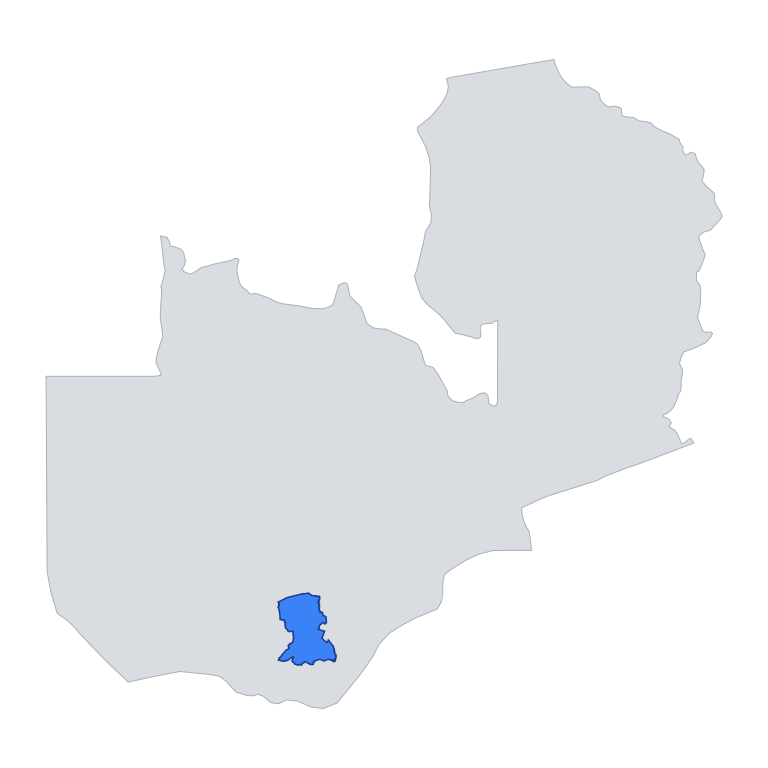 Kalomo, Southern, Zambia shown in context
{"feature_id": "96606910B45059584224762", "entity_name": "Kalomo", "entity_type": "district", "adm_level": 2, "iso_a3": "ZMB", "parent_name": "Zambia", "parent_adm1": "Southern", "projection": "robinson", "projection_center": [26.465, -16.838], "detail": "fine", "context": "in_parent", "style": "filled", "palette": "blue", "viewbox_px": 768, "rotation_deg": 0, "n_neighbors": 0, "source": "geoboundaries", "source_scale": "gbopen_adm2", "svg_char_len": 9362}
<svg xmlns="http://www.w3.org/2000/svg" viewBox="0 0 768 768"><path d="M531.5,550.4L493.1,550.5L479.2,554.0L467.7,559.2L454.0,567.4L446.0,573.1L443.9,576.3L442.8,583.3L442.7,594.1L441.3,601.9L437.1,609.0L416.4,617.6L402.8,624.7L389.5,633.0L379.4,643.8L372.5,657.1L361.0,673.6L337.1,703.0L323.2,708.5L311.6,707.2L297.6,701.1L286.5,699.9L278.3,703.8L270.7,702.6L263.7,696.4L257.8,694.2L253.1,695.8L247.0,695.5L236.0,692.1L226.4,681.6L221.2,677.3L217.2,675.7L205.8,674.0L179.5,671.5L152.2,676.8L128.2,682.1L103.7,658.7L80.0,633.9L75.0,627.7L66.1,619.4L59.7,615.3L57.2,613.3L50.7,591.3L47.1,571.0L46.1,376.3L153.8,376.3L160.7,375.5L161.0,373.4L156.0,363.0L156.2,359.3L157.5,352.3L162.2,338.2L162.5,333.5L160.3,318.1L160.5,309.6L161.7,292.2L160.9,286.4L163.4,278.6L164.3,273.4L165.3,271.2L164.0,265.3L161.8,244.6L160.5,236.0L167.0,237.3L169.2,241.5L170.4,246.2L173.3,246.4L181.0,249.2L183.7,253.0L185.5,261.3L184.4,265.5L181.9,268.9L184.4,271.9L189.6,274.0L192.6,273.4L201.2,267.7L209.2,265.6L213.3,264.2L231.1,260.5L234.6,258.5L237.1,258.5L238.9,260.1L237.3,265.9L236.8,271.1L239.0,280.9L240.6,285.5L244.4,288.8L247.0,290.6L250.1,294.1L256.2,293.5L269.9,298.5L274.0,300.8L279.8,303.1L283.9,304.0L297.9,305.7L312.8,308.5L320.5,308.8L325.9,308.1L329.8,306.6L332.1,305.0L333.2,303.7L338.8,285.0L341.6,283.6L345.3,282.6L347.5,284.3L349.9,296.1L360.6,306.7L364.3,315.6L366.9,323.2L369.3,325.3L373.3,327.9L379.8,328.9L385.7,329.1L414.6,342.1L417.7,344.5L421.3,351.4L423.4,359.3L425.7,365.5L429.4,366.6L432.7,367.1L436.0,371.3L438.5,375.1L447.0,390.4L448.2,396.5L452.3,400.6L458.0,402.3L463.2,402.5L466.2,400.7L473.6,397.5L479.3,393.9L483.5,392.7L486.0,393.4L487.9,395.9L489.1,403.6L493.2,406.2L496.3,405.1L497.4,402.1L497.5,400.6L497.7,320.6L495.1,321.2L491.7,323.4L484.1,323.7L481.1,325.4L480.1,327.9L480.7,331.3L480.9,335.8L479.7,337.9L476.4,338.8L471.5,337.0L462.7,334.8L455.4,333.3L450.2,327.3L443.1,318.3L438.4,313.7L427.2,304.3L425.3,302.4L421.8,298.0L418.9,290.5L416.1,281.8L414.6,276.3L417.4,267.8L424.0,240.1L425.5,231.4L431.0,222.7L431.4,214.8L429.3,204.7L429.8,199.2L430.6,167.4L429.2,157.4L425.5,146.3L417.4,130.8L417.4,127.5L429.9,117.4L433.7,113.6L440.2,105.5L444.6,98.5L447.4,92.9L448.4,85.7L446.3,78.8L450.6,77.4L553.8,59.5L555.3,64.3L558.4,72.2L561.9,78.0L566.4,83.1L570.1,86.1L572.6,87.1L588.5,86.8L594.2,89.9L599.2,93.8L600.4,99.8L603.7,103.6L607.2,106.6L608.7,107.0L611.3,106.3L615.6,106.2L619.5,107.5L621.4,108.8L621.6,113.9L622.8,116.2L628.1,117.1L633.6,117.5L638.9,120.9L644.6,121.5L651.2,123.0L654.3,126.7L661.3,130.5L669.9,133.9L679.3,139.5L679.5,141.3L681.1,144.6L682.8,146.9L682.9,150.5L683.7,153.7L686.1,154.5L688.1,154.7L690.0,152.4L692.5,152.4L695.3,153.9L696.2,157.7L698.4,162.7L701.9,166.2L704.2,169.5L703.4,175.5L701.9,181.1L706.6,186.5L712.7,191.7L714.4,194.0L714.8,201.7L715.7,204.3L719.9,210.8L721.9,215.0L721.8,217.5L710.4,230.2L703.5,232.1L700.4,234.7L698.6,237.4L703.0,250.1L705.3,254.9L703.3,260.9L698.8,271.1L696.7,272.0L696.3,279.7L697.7,282.5L699.9,284.7L700.7,290.0L700.5,303.0L697.6,317.8L702.6,330.7L704.3,332.1L711.3,332.2L712.5,333.3L710.8,336.9L705.8,342.6L696.9,347.0L684.0,351.9L681.3,356.6L679.5,363.4L681.0,367.3L682.6,369.6L682.1,375.6L680.9,381.8L681.2,386.7L680.6,391.1L679.0,393.2L676.7,399.8L673.9,406.4L671.7,409.4L668.4,412.5L663.3,415.2L663.4,416.5L669.2,419.5L670.6,421.6L671.2,423.1L668.7,426.4L671.4,428.4L674.6,430.1L677.6,434.5L681.1,442.8L681.7,443.6L682.7,443.7L684.6,442.8L688.2,439.5L690.8,438.3L693.8,443.0L640.1,463.4L627.5,467.6L608.7,474.8L602.6,477.5L597.7,480.2L547.7,496.1L539.9,499.3L522.3,507.4L521.7,508.7L521.8,512.5L523.4,520.1L526.4,527.1L529.0,531.1L530.6,541.4L531.5,550.4Z" fill="#d9dde1" stroke="#a8b0b8" stroke-width="1"/><path d="M319.7,596.8L319.6,596.7L319.5,597.0L319.2,596.7L319.0,596.8L318.9,596.6L318.7,596.9L318.4,596.5L318.2,596.6L318.1,596.4L317.8,596.5L317.4,596.4L317.5,596.4L317.1,596.4L317.0,596.2L316.7,596.1L316.4,596.1L316.5,595.9L316.1,595.8L315.8,595.8L315.6,596.0L315.5,595.8L315.3,595.8L315.3,595.7L315.2,595.7L314.2,595.9L312.9,595.5L312.7,595.6L312.1,595.7L311.4,595.3L311.3,595.0L310.7,594.8L310.3,594.4L309.7,594.2L309.5,593.7L309.3,593.8L309.1,593.8L309.1,593.4L308.6,593.2L308.2,593.4L308.1,593.2L307.7,593.2L302.8,594.1L302.8,593.7L287.0,597.6L278.3,602.1L278.5,602.3L278.4,602.3L278.6,602.5L278.6,602.9L278.9,603.5L279.0,603.4L279.2,603.7L279.2,604.1L279.1,604.6L278.7,604.6L278.8,605.0L279.0,605.1L279.2,605.4L278.5,605.9L278.4,606.3L278.5,606.5L278.4,606.5L278.3,606.8L278.3,607.0L278.1,607.6L278.4,608.0L278.8,608.6L279.3,611.0L279.3,611.6L279.8,614.1L279.9,616.3L280.1,616.9L280.1,619.2L280.2,619.6L281.1,619.7L281.6,619.6L282.1,619.8L282.3,620.1L283.8,619.9L283.8,620.1L284.0,620.4L284.4,620.6L284.4,621.2L284.6,621.3L284.4,621.5L284.5,622.0L284.7,622.3L285.2,622.6L285.2,623.1L285.4,623.4L285.3,623.6L285.1,623.5L285.1,624.0L285.0,625.3L285.3,625.5L285.2,625.7L285.4,626.0L285.4,626.7L285.3,626.8L285.5,627.4L285.6,627.6L285.6,628.2L286.8,629.0L287.5,630.1L288.2,631.4L289.4,631.7L290.5,631.3L291.1,631.3L292.3,631.6L293.2,631.3L293.3,632.0L293.0,632.9L293.1,633.8L292.9,634.0L293.2,634.4L293.2,634.7L293.4,635.0L293.3,635.4L293.3,635.9L293.5,636.5L293.8,636.7L293.9,637.1L293.6,637.4L293.7,637.7L293.5,638.0L293.3,638.2L293.2,638.6L293.3,639.0L293.5,639.1L293.5,639.4L293.2,640.0L293.2,640.5L293.3,640.6L293.1,640.9L293.1,641.2L292.9,641.5L292.8,642.0L292.6,642.3L292.5,642.6L291.8,642.6L291.7,642.8L290.9,643.2L290.9,643.4L290.7,643.6L290.6,643.8L290.0,643.9L289.9,644.4L289.5,644.5L289.2,644.4L289.1,644.7L288.6,645.0L288.4,645.3L288.4,645.6L288.2,646.1L288.3,646.7L288.6,647.0L288.8,647.3L288.7,647.5L288.9,647.6L289.1,647.9L288.8,648.7L288.3,649.1L287.7,649.2L287.2,649.6L286.5,650.0L286.2,650.0L286.1,650.5L285.6,650.8L285.0,651.6L284.0,652.5L283.9,653.0L283.3,653.4L282.7,654.2L282.3,654.4L282.1,654.7L282.0,655.2L281.7,655.2L281.7,655.6L280.9,656.3L280.8,656.8L280.3,657.1L280.3,657.3L279.4,657.6L279.5,657.8L279.2,658.3L279.3,658.6L279.2,658.8L279.0,659.1L278.8,659.1L278.7,659.7L278.4,660.1L279.4,660.4L280.4,660.4L281.2,660.9L281.7,660.8L282.2,661.0L283.0,661.1L283.4,661.3L283.9,660.9L284.5,660.9L285.2,661.2L285.5,660.9L285.7,660.5L286.0,660.4L286.3,660.6L286.7,660.5L287.0,660.6L287.3,660.6L287.6,660.2L287.8,660.3L292.8,656.7L293.6,657.2L292.7,658.4L292.2,660.9L292.0,661.0L292.6,661.6L292.6,661.8L292.9,662.0L293.1,662.5L293.5,662.6L294.2,663.1L294.7,664.2L295.9,664.2L296.7,664.8L297.3,664.9L297.8,665.1L298.1,665.1L298.3,664.9L298.7,665.0L299.2,664.5L299.8,664.6L300.1,664.4L300.9,664.6L301.2,665.2L301.7,665.0L301.9,664.7L301.8,664.3L302.0,663.9L302.8,663.4L303.1,663.0L304.0,662.7L304.0,662.3L304.4,661.6L309.4,663.7L309.4,664.1L309.7,664.3L309.9,664.3L310.2,664.0L311.1,664.6L313.1,664.5L313.2,664.4L313.2,663.8L313.4,663.4L313.2,663.1L313.6,662.6L313.4,662.2L313.6,662.2L314.1,662.0L314.1,661.8L314.5,661.6L314.8,661.2L314.9,661.3L315.1,660.8L315.5,660.7L315.7,660.4L317.4,660.2L318.4,659.6L319.1,659.5L320.1,659.5L320.8,659.7L321.6,659.7L323.1,660.7L324.2,661.0L327.3,659.5L328.2,659.4L329.2,659.6L329.6,659.5L330.3,659.7L330.5,659.9L330.9,659.8L331.0,660.2L331.6,660.2L331.9,660.6L332.2,660.7L332.3,660.5L332.7,660.2L332.8,660.4L333.1,660.3L333.3,660.4L333.3,660.7L333.4,660.8L333.2,661.1L333.5,661.1L333.9,661.7L334.4,661.5L334.2,661.4L334.2,661.2L334.3,661.2L334.5,660.9L334.6,660.6L334.9,660.3L334.8,659.8L335.2,660.0L335.2,659.8L335.3,659.9L335.4,659.7L335.2,659.1L335.2,658.9L335.1,658.7L335.4,658.5L335.4,658.3L335.6,658.4L335.5,658.0L335.8,657.7L336.0,657.1L335.9,656.7L336.1,656.6L336.0,656.4L335.8,656.4L335.7,656.1L336.1,655.7L335.9,655.4L335.7,655.4L335.6,655.2L335.7,654.7L335.4,654.8L334.9,654.4L334.7,653.5L334.5,653.4L334.9,652.8L334.8,652.4L334.1,651.8L334.3,651.6L334.4,651.0L334.6,650.9L334.3,650.3L334.1,650.3L334.4,649.3L333.9,649.0L333.6,648.5L333.8,648.2L333.7,647.7L333.3,647.2L333.3,646.1L333.1,645.8L332.7,645.5L332.3,645.4L332.0,644.9L331.9,644.6L331.6,644.2L331.4,643.8L331.1,643.5L330.9,643.1L330.3,642.7L329.4,641.1L328.7,640.5L328.3,640.0L327.8,641.4L327.4,642.1L327.2,642.2L326.8,642.0L326.5,642.1L326.3,641.8L325.7,641.8L325.7,641.6L325.3,641.4L323.5,639.8L322.2,638.3L321.8,638.1L322.4,637.1L323.8,633.3L323.9,632.6L324.3,632.2L324.6,631.2L321.7,630.5L318.2,629.1L318.3,629.0L318.2,628.5L318.4,628.4L318.6,628.3L318.7,628.1L319.1,628.1L319.2,627.7L319.2,627.4L319.3,627.3L319.2,626.4L319.5,625.6L320.1,624.8L321.1,624.3L321.7,623.1L322.9,622.5L324.6,623.8L324.9,623.9L324.9,623.7L325.2,623.6L325.4,623.3L326.5,622.7L326.0,616.8L323.7,615.5L323.0,615.5L323.0,615.3L322.8,614.9L322.8,614.5L322.7,614.5L322.7,614.2L322.5,613.7L322.5,613.2L322.6,612.8L322.6,612.6L322.1,612.7L321.9,612.6L321.5,612.6L321.5,612.3L321.1,612.0L320.8,612.0L320.5,612.0L320.5,611.8L320.3,611.9L320.4,611.6L320.0,611.4L320.0,611.2L319.8,611.2L319.7,611.0L319.5,610.9L319.6,610.7L319.4,610.6L319.2,610.1L319.4,609.3L319.2,608.7L319.3,608.4L319.1,608.1L319.3,607.6L319.6,607.2L319.1,607.0L319.1,606.7L318.9,606.3L319.3,605.3L319.1,605.2L318.8,605.3L318.7,605.0L319.1,604.8L319.1,604.7L319.3,604.5L319.4,604.3L319.1,604.3L318.9,604.1L318.7,603.3L318.8,603.1L318.5,603.1L318.2,602.8L318.5,602.7L318.5,602.2L318.4,602.0L318.5,601.9L318.4,601.9L318.4,601.7L318.2,601.5L318.4,601.0L318.9,601.0L318.8,600.7L319.0,600.3L318.9,600.1L319.3,600.1L319.7,599.5L319.7,596.8Z" fill="#3b82f6" stroke="#1e3a8a" stroke-width="1.5"/></svg>